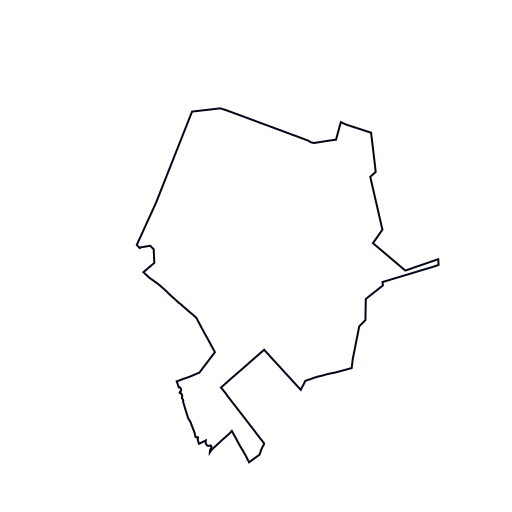 outline of San José del Progreso, Oaxaca, Mexico, rotated 228°
{"feature_id": "50627088B45737045838114", "entity_name": "San José del Progreso", "entity_type": "district", "adm_level": 2, "iso_a3": "MEX", "parent_name": "Mexico", "parent_adm1": "Oaxaca", "projection": "natural_earth1", "projection_center": [-96.692, 16.675], "detail": "fine", "context": "isolated", "style": "outline", "palette": "ink", "viewbox_px": 512, "rotation_deg": 228, "n_neighbors": 0, "source": "geoboundaries", "source_scale": "gbopen_adm2", "svg_char_len": 4599}
<svg xmlns="http://www.w3.org/2000/svg" viewBox="0 0 512 512"><g transform="rotate(228 256 256)"><path d="M111.4,136.6L111.9,136.7L112.3,136.7L112.6,136.7L112.9,136.7L113.3,136.8L114.4,136.9L115.9,137.0L116.9,137.0L117.8,137.1L120.4,137.3L124.8,137.6L126.2,137.8L127.8,137.9L130.0,138.1L155.5,140.0L171.5,141.2L172.4,141.3L173.2,141.5L181.7,142.0L181.6,143.2L181.6,143.5L181.6,151.5L181.6,153.4L181.3,168.5L181.2,176.1L180.9,199.3L175.3,199.3L174.8,199.4L171.3,199.3L164.9,199.4L155.8,199.5L154.6,199.5L153.0,199.5L151.8,199.5L150.3,199.5L149.9,199.5L148.6,199.5L147.6,199.5L142.7,199.6L137.0,199.6L127.8,199.7L127.6,199.7L126.6,199.7L127.7,202.5L128.2,204.1L128.9,205.8L129.2,206.6L130.0,208.5L130.2,209.2L128.6,212.9L128.5,213.0L126.2,218.7L125.8,219.5L125.6,219.7L125.3,220.5L125.1,221.1L124.7,221.8L124.4,222.2L122.9,225.0L122.6,225.5L122.4,226.0L121.0,228.9L120.6,229.8L119.9,231.0L119.5,231.7L119.3,232.1L116.2,237.2L116.0,237.6L115.8,238.1L113.9,241.8L113.6,242.4L108.7,252.1L114.8,259.1L134.6,285.6L135.2,294.5L150.6,308.8L149.2,330.6L152.0,332.6L129.2,381.0L127.2,385.7L131.7,389.3L145.3,357.2L187.3,351.5L191.0,367.6L191.4,367.8L238.4,393.9L238.4,401.2L245.5,406.3L270.6,424.0L293.2,411.0L293.7,410.8L298.7,408.6L288.9,393.3L293.2,387.0L301.1,374.8L302.4,373.8L303.9,372.8L306.8,372.0L385.3,330.9L385.2,330.8L389.6,328.3L406.1,305.1L362.5,217.4L344.0,174.8L339.7,174.9L339.6,176.0L334.4,184.2L329.5,184.5L318.9,175.8L318.9,174.3L319.0,172.6L319.0,171.5L319.0,171.3L319.0,170.3L319.1,170.0L319.2,165.5L319.2,164.8L319.3,162.1L319.3,161.5L311.0,162.2L306.4,163.3L305.6,163.4L305.3,163.5L304.8,163.6L303.2,164.0L301.0,164.4L297.8,165.0L295.9,165.1L293.3,165.5L292.4,165.6L292.0,165.6L290.8,165.7L290.1,165.8L287.3,165.9L287.2,165.9L284.9,166.1L284.7,166.1L281.4,166.5L281.1,166.4L279.5,166.7L275.9,167.0L275.7,167.1L272.5,167.3L272.4,167.3L272.0,167.6L269.0,168.0L267.7,168.1L265.9,168.3L263.8,168.6L261.7,168.8L257.7,169.3L257.2,169.4L255.2,169.7L250.4,170.3L249.3,170.1L248.1,169.8L242.5,168.4L241.1,168.1L240.2,167.8L237.6,167.2L235.4,166.7L233.3,166.1L231.7,165.8L230.5,165.5L229.0,165.2L228.7,165.1L227.8,164.9L227.3,164.8L226.3,164.6L225.9,164.5L224.6,164.1L224.3,164.0L223.0,163.8L222.5,163.6L222.3,163.6L221.3,163.4L220.7,163.2L220.3,163.1L220.2,163.0L218.2,162.6L217.8,162.5L215.2,161.9L212.7,161.3L212.0,161.1L207.2,135.7L208.4,132.7L209.8,128.4L209.9,128.2L210.7,125.8L211.2,124.6L213.7,118.8L213.9,118.2L214.1,117.5L214.3,117.1L214.4,116.8L214.5,116.5L215.9,113.2L215.0,112.8L214.9,112.8L214.4,112.6L213.6,112.2L213.2,112.1L212.9,111.9L210.1,110.7L209.9,110.9L209.7,111.2L209.3,111.5L209.0,111.6L208.8,111.5L208.4,111.4L208.1,111.4L207.2,111.2L206.6,110.9L206.2,110.2L206.0,109.9L206.0,109.5L206.0,109.0L205.9,108.4L205.7,108.0L205.5,107.7L205.2,107.7L204.9,107.8L204.7,107.9L204.6,108.2L204.4,108.4L204.1,108.4L203.9,108.4L203.6,108.3L203.4,108.2L203.0,108.2L202.5,108.1L202.0,108.0L201.6,107.6L201.1,107.3L200.8,106.9L200.6,106.6L200.5,106.3L200.3,106.2L200.1,106.0L199.8,105.8L199.5,105.8L199.2,105.8L198.9,105.8L198.5,105.7L198.1,105.5L197.7,105.4L197.3,105.2L197.0,105.0L196.8,104.8L196.6,104.5L196.5,104.4L196.4,104.3L196.1,104.1L195.2,103.7L187.4,100.0L186.8,99.8L185.5,99.2L184.9,98.9L184.4,98.7L184.0,98.5L183.5,98.3L183.0,98.0L182.1,97.6L181.5,97.3L181.1,97.1L180.8,97.0L176.8,96.3L176.3,96.1L175.9,96.0L175.7,95.9L175.4,95.8L175.1,95.7L174.7,95.5L174.4,95.4L173.7,95.1L172.4,94.6L172.1,94.5L171.8,94.4L171.5,94.3L171.2,94.2L170.9,94.0L170.3,93.8L169.9,93.6L169.6,93.5L169.2,93.4L168.4,93.1L167.3,92.7L166.8,92.5L166.5,92.3L166.4,92.3L165.9,92.1L165.5,91.9L164.9,91.6L164.2,91.2L163.9,91.0L163.3,90.7L163.2,90.6L162.8,90.4L162.6,90.3L162.3,90.2L162.2,90.0L161.5,90.1L160.8,90.6L160.5,91.5L159.9,91.4L159.6,91.1L159.2,90.7L159.0,90.3L158.7,90.0L157.9,89.5L157.1,89.1L155.5,88.3L154.6,88.0L152.5,95.3L151.4,94.0L150.3,93.3L149.1,93.0L148.7,92.9L147.3,93.1L147.0,93.3L146.5,93.8L145.5,95.6L145.1,95.6L144.6,95.5L144.2,95.3L143.8,95.1L143.7,94.9L143.0,93.0L142.4,92.1L141.9,91.3L141.1,90.4L140.9,90.2L141.6,92.6L141.7,94.8L141.9,107.9L141.9,109.9L141.8,117.0L142.2,121.0L137.0,119.8L132.6,118.8L131.4,118.4L125.4,117.0L121.6,116.2L121.5,116.3L121.2,116.3L119.4,115.9L118.3,115.5L117.4,115.4L116.4,115.2L115.5,115.0L114.7,114.8L113.3,114.4L112.3,114.2L110.7,113.7L109.8,113.4L108.7,113.2L108.1,113.1L107.6,113.0L107.6,112.9L107.3,112.8L107.2,114.1L107.0,116.3L106.7,119.4L106.5,120.8L106.3,122.6L106.2,124.4L105.9,125.3L106.9,127.5L108.1,129.3L108.8,130.8L109.5,132.4L110.1,134.0L110.5,135.3L110.9,136.2L111.4,136.6Z" fill="none" stroke="#020617" stroke-width="2"/></g></svg>